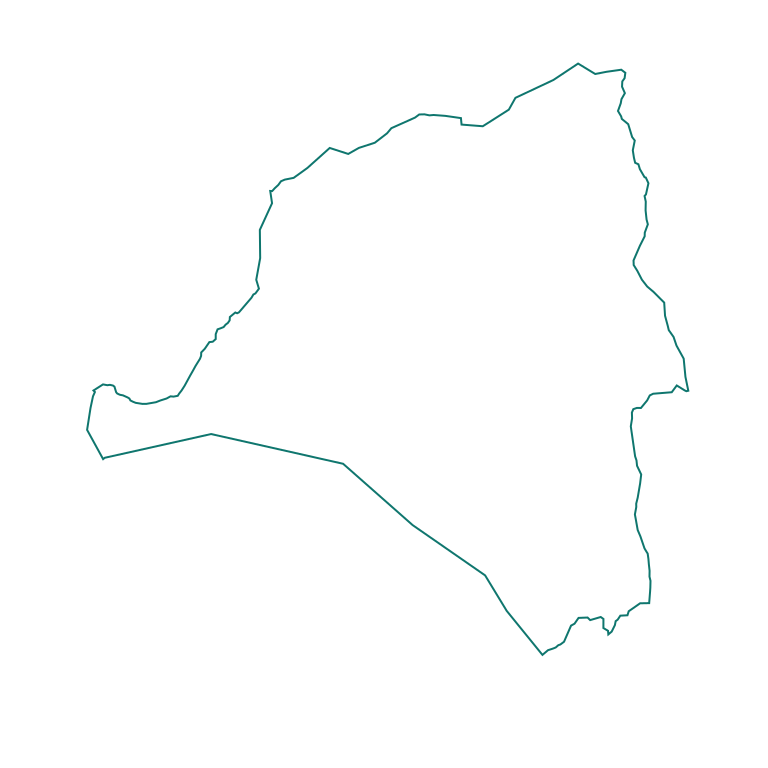 outline of San Pablo Yaganiza, Oaxaca, Mexico, rotated 172°
{"feature_id": "50627088B67315987692410", "entity_name": "San Pablo Yaganiza", "entity_type": "district", "adm_level": 2, "iso_a3": "MEX", "parent_name": "Mexico", "parent_adm1": "Oaxaca", "projection": "equal_earth", "projection_center": [-96.217, 17.128], "detail": "fine", "context": "isolated", "style": "outline", "palette": "teal", "viewbox_px": 768, "rotation_deg": 172, "n_neighbors": 0, "source": "geoboundaries", "source_scale": "gbopen_adm2", "svg_char_len": 2675}
<svg xmlns="http://www.w3.org/2000/svg" viewBox="0 0 768 768"><g transform="rotate(172 384 384)"><path d="M151.9,130.1L149.4,141.4L148.6,145.3L147.5,152.0L147.9,156.3L147.0,162.0L146.8,168.7L146.5,174.1L146.5,179.4L147.2,180.9L148.9,184.9L151.3,197.4L153.1,204.1L153.5,215.3L153.7,219.9L151.3,227.1L150.9,230.4L148.6,236.1L144.2,249.9L141.9,258.6L144.8,267.8L144.6,273.2L145.4,277.4L145.5,307.7L143.1,315.5L142.5,321.2L140.6,324.4L137.0,325.1L132.9,324.5L125.7,331.1L122.4,335.7L118.8,336.9L100.2,335.8L94.3,341.8L87.1,335.8L85.6,334.8L83.6,335.0L84.5,349.1L83.7,367.4L89.0,381.3L90.7,390.3L94.5,397.7L94.9,402.0L96.2,412.5L95.2,425.6L104.2,437.6L109.8,443.9L114.1,451.4L117.4,460.8L120.2,467.1L120.0,468.6L119.7,471.6L111.4,485.2L105.3,494.0L104.7,497.6L100.5,505.4L101.1,510.3L100.8,519.5L99.4,528.2L99.8,533.9L98.2,535.3L94.2,546.0L96.0,552.0L97.2,552.5L100.7,561.1L101.5,566.2L104.5,568.1L105.0,573.3L105.1,580.8L101.8,590.2L103.9,594.0L106.0,607.3L111.6,613.4L111.9,616.0L114.3,621.8L110.5,629.0L109.2,633.0L105.0,638.5L106.9,645.3L105.9,650.5L103.2,653.3L101.7,658.6L103.8,660.7L105.3,662.2L120.2,662.2L131.7,661.6L147.2,674.3L173.9,661.5L214.0,649.1L222.2,638.3L238.2,631.0L250.3,625.5L271.1,630.1L270.8,636.6L286.0,641.0L297.5,643.5L301.6,643.7L306.4,645.4L311.6,646.0L316.2,643.5L341.1,636.3L346.1,631.8L359.5,624.2L376.0,621.3L387.4,616.8L404.9,625.3L429.8,608.6L444.8,600.7L453.8,600.2L457.8,599.1L461.0,595.8L464.9,593.1L467.9,590.6L469.8,591.0L469.7,578.6L485.5,553.9L489.1,525.9L496.0,505.0L494.6,495.8L498.7,491.6L500.9,490.8L503.2,487.9L511.0,481.0L517.7,475.1L519.6,474.5L521.3,475.5L527.3,471.8L528.0,468.5L530.1,466.2L532.6,464.8L534.9,462.7L538.1,461.9L541.2,461.3L543.7,456.8L544.4,451.9L547.7,449.7L551.1,449.8L556.6,443.8L560.6,440.7L561.2,437.3L562.7,434.6L565.3,431.5L568.2,428.0L571.1,424.1L574.8,419.3L581.7,410.0L585.4,405.7L588.2,403.0L589.9,401.0L594.2,400.8L597.1,401.5L601.3,399.9L607.8,398.8L612.4,397.7L622.1,397.4L625.9,397.9L632.5,399.9L635.1,401.4L637.4,403.0L638.2,405.1L639.8,406.4L644.1,409.1L646.8,410.0L648.0,410.7L649.6,411.8L650.4,413.2L651.3,418.9L652.6,420.2L655.5,421.3L658.1,421.3L662.3,422.7L672.6,418.0L671.4,416.3L673.9,412.3L678.0,401.0L684.4,379.9L672.6,348.7L670.8,349.8L562.2,358.5L435.6,310.7L375.3,240.3L310.5,180.4L294.5,143.3L294.2,142.5L264.8,93.7L258.6,97.6L255.0,98.2L253.0,98.6L250.6,99.2L247.7,101.1L245.6,101.5L241.6,103.7L232.4,118.7L228.7,120.1L223.9,125.3L214.9,124.4L212.7,121.5L201.8,123.1L199.4,120.8L200.7,111.8L196.5,108.4L196.7,104.8L193.0,107.1L188.9,113.1L187.6,116.9L185.4,118.1L182.2,121.7L175.1,121.1L173.3,124.9L160.9,131.2L151.9,130.1Z" fill="none" stroke="#0f766e" stroke-width="2"/></g></svg>